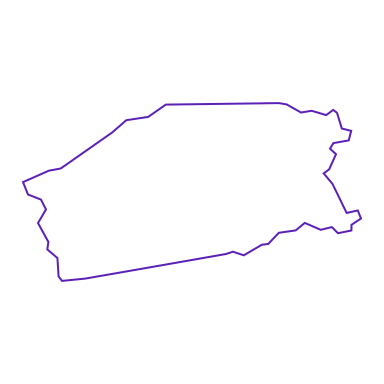 Madison, Texas, United States of America (Natural Earth projection)
{"feature_id": "52423323B16147855559492", "entity_name": "Madison", "entity_type": "district", "adm_level": 2, "iso_a3": "USA", "parent_name": "United States of America", "parent_adm1": "Texas", "projection": "natural_earth1", "projection_center": [-95.854, 30.959], "detail": "fine", "context": "isolated", "style": "outline", "palette": "violet", "viewbox_px": 384, "rotation_deg": 0, "n_neighbors": 0, "source": "geoboundaries", "source_scale": "gbopen_adm2", "svg_char_len": 714}
<svg xmlns="http://www.w3.org/2000/svg" viewBox="0 0 384 384"><path d="M279.0,103.1L165.8,104.6L148.2,116.9L126.3,120.2L112.0,132.6L60.7,168.5L48.8,170.7L23.0,182.1L28.0,194.5L41.0,199.6L46.0,209.5L38.0,223.0L48.4,242.0L47.3,249.4L57.4,258.0L58.6,276.4L62.0,280.9L85.2,278.6L226.0,254.0L232.9,251.7L243.8,255.3L261.9,244.7L268.2,244.0L278.8,232.8L295.7,230.4L304.8,222.9L320.7,229.8L331.8,227.1L338.0,233.2L351.4,230.5L351.5,224.8L361.0,218.5L357.8,210.5L346.6,212.9L332.5,183.9L323.7,173.4L329.2,169.3L336.0,154.2L330.0,148.7L333.4,143.1L348.7,140.4L351.2,130.9L341.8,128.5L337.0,112.8L333.2,109.9L326.2,115.1L311.7,110.8L301.0,112.5L286.6,104.4L279.0,103.1Z" fill="none" stroke="#5b21b6" stroke-width="2"/></svg>